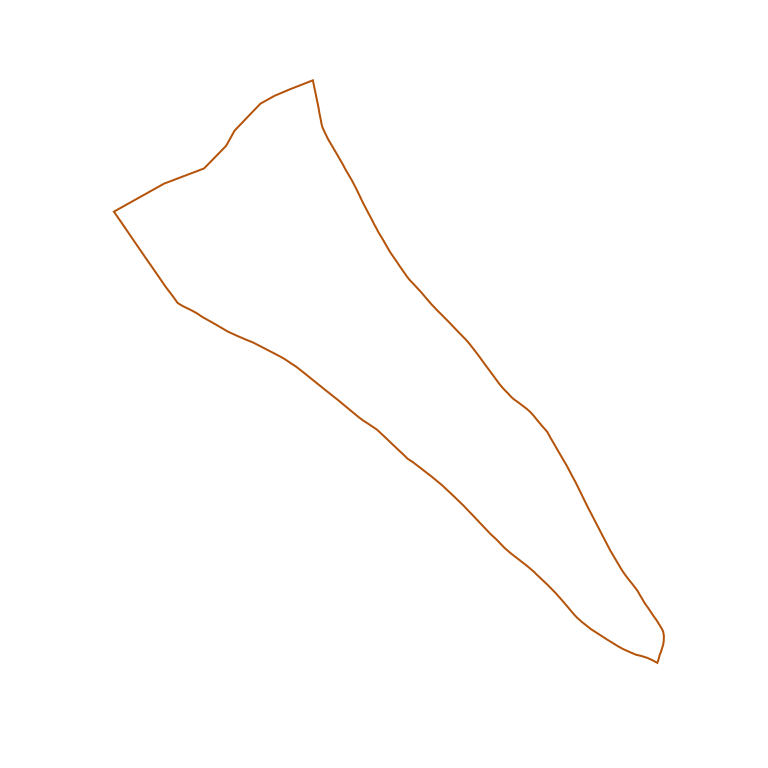 the district of Cu Lao Dung, Sóc Trăng, Vietnam, rotated 173°
{"feature_id": "81297802B41374649859024", "entity_name": "Cu Lao Dung", "entity_type": "district", "adm_level": 2, "iso_a3": "VNM", "parent_name": "Vietnam", "parent_adm1": "Sóc Trăng", "projection": "natural_earth1", "projection_center": [106.173, 9.63], "detail": "fine", "context": "isolated", "style": "outline", "palette": "amber", "viewbox_px": 768, "rotation_deg": 173, "n_neighbors": 0, "source": "geoboundaries", "source_scale": "gbopen_adm2", "svg_char_len": 2669}
<svg xmlns="http://www.w3.org/2000/svg" viewBox="0 0 768 768"><g transform="rotate(173 384 384)"><path d="M146.7,73.9L144.7,78.0L143.5,81.2L141.8,84.3L138.6,91.4L137.6,95.2L136.9,99.9L137.1,104.4L138.1,107.2L139.8,111.1L142.6,117.0L144.7,120.7L149.2,129.7L150.6,132.2L151.9,134.5L153.7,138.8L156.1,144.2L157.4,147.5L162.2,155.7L165.5,161.0L168.5,166.3L170.7,170.6L179.8,191.4L186.7,209.9L193.4,228.0L196.5,236.2L206.1,263.9L207.1,266.3L212.8,281.2L220.2,298.3L223.8,306.9L225.3,310.2L226.7,313.9L227.6,316.1L228.6,317.8L230.3,320.3L232.5,323.4L233.6,325.3L235.5,328.1L236.8,330.2L239.1,333.9L241.7,337.7L243.6,340.0L245.5,342.1L249.2,345.7L252.5,348.9L254.9,351.1L256.7,352.8L258.4,354.6L259.9,356.5L261.4,358.6L262.4,360.1L263.6,361.5L265.1,363.5L266.2,365.0L269.5,370.0L273.3,376.8L277.8,384.8L282.2,392.6L286.4,400.2L290.5,407.2L295.1,414.8L297.3,418.0L300.6,422.3L303.8,426.5L306.0,429.4L309.1,433.6L312.3,437.9L314.7,441.0L318.8,446.3L321.8,450.1L327.1,457.2L332.2,464.8L335.4,469.8L338.0,473.4L341.0,477.6L343.2,480.6L345.1,483.1L346.1,484.5L346.9,485.8L348.1,487.8L349.4,490.3L351.6,494.4L352.8,496.7L354.3,499.5L356.0,503.0L359.0,508.7L361.1,512.7L362.6,515.9L365.0,521.5L367.4,527.3L369.9,532.7L371.2,535.6L372.4,539.0L374.3,543.7L375.4,547.0L377.2,551.7L378.4,554.8L382.8,566.5L387.0,579.0L389.9,587.0L391.9,592.0L393.2,594.9L396.3,602.1L397.8,606.3L401.3,614.5L405.7,624.7L409.7,633.9L412.6,642.4L413.8,646.3L414.3,649.8L414.6,654.6L415.1,660.7L415.2,663.0L415.3,666.0L417.6,694.1L441.4,688.0L457.5,683.4L472.5,677.3L486.4,666.0L501.4,653.7L511.7,639.6L536.3,619.9L577.8,609.7L631.1,588.0L624.0,574.5L615.2,557.4L606.5,540.7L605.8,539.3L598.0,524.6L588.9,507.1L582.3,495.8L579.2,490.0L577.9,488.7L574.0,485.7L567.0,481.2L561.5,477.3L556.5,473.0L542.2,462.4L532.7,455.1L523.6,449.5L519.6,447.2L514.8,444.4L509.0,441.2L502.8,437.0L494.6,431.4L487.6,426.6L486.3,425.7L483.5,423.8L479.1,420.5L474.2,416.2L473.4,415.5L472.3,414.6L470.3,413.0L468.3,411.1L464.5,407.3L459.5,402.2L453.2,395.7L443.3,385.5L432.2,374.3L413.7,354.7L409.4,350.5L404.3,346.3L401.6,343.9L399.1,341.8L396.6,339.6L392.7,335.0L387.4,328.6L382.1,322.1L376.8,315.7L372.6,310.7L369.6,306.9L364.4,302.5L353.9,292.1L348.2,286.5L338.4,276.1L329.9,265.9L319.5,253.1L317.6,250.4L310.5,241.0L305.6,234.3L296.7,222.3L291.7,216.4L284.3,206.6L279.1,200.8L263.9,185.7L257.5,178.7L256.6,177.4L256.4,177.1L246.5,165.2L239.2,155.7L233.7,147.7L227.6,138.5L227.1,137.6L223.5,132.1L220.7,128.4L216.7,123.8L208.5,115.5L205.0,112.6L194.1,103.5L183.5,95.0L182.3,94.2L179.2,91.9L171.8,87.4L166.7,84.5L162.0,82.8L159.3,81.6L155.9,80.0L152.1,77.7L146.7,73.9Z" fill="none" stroke="#b45309" stroke-width="2"/></g></svg>